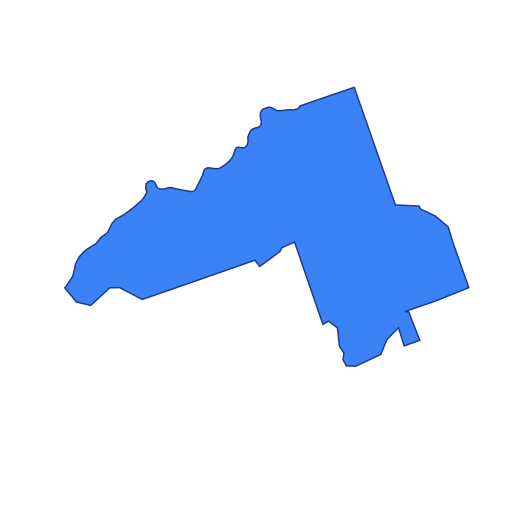 Nez Perce, Idaho, United States of America, rotated 71°
{"feature_id": "52423323B94471153891164", "entity_name": "Nez Perce", "entity_type": "district", "adm_level": 2, "iso_a3": "USA", "parent_name": "United States of America", "parent_adm1": "Idaho", "projection": "natural_earth1", "projection_center": [-116.873, 46.243], "detail": "fine", "context": "isolated", "style": "filled", "palette": "blue", "viewbox_px": 512, "rotation_deg": 71, "n_neighbors": 0, "source": "geoboundaries", "source_scale": "gbopen_adm2", "svg_char_len": 1844}
<svg xmlns="http://www.w3.org/2000/svg" viewBox="0 0 512 512"><g transform="rotate(71 256 256)"><path d="M128.5,108.2L128.4,142.8L128.4,143.8L128.4,147.2L128.4,165.4L128.4,165.7L129.7,167.1L130.4,169.2L130.0,173.3L129.7,174.4L129.0,175.2L127.6,180.6L127.5,182.1L125.6,188.3L124.6,189.7L123.7,190.3L121.5,192.4L120.1,194.2L119.4,195.4L119.4,201.1L119.5,201.7L120.2,203.4L122.1,205.1L123.7,206.0L126.2,206.6L130.4,207.2L131.9,207.7L133.1,208.5L134.6,209.9L134.8,210.5L135.0,213.3L134.7,214.6L134.9,217.7L135.2,219.0L135.8,220.3L137.5,222.1L140.9,225.0L144.9,226.1L147.8,227.9L149.0,229.3L149.8,231.3L149.7,232.7L147.4,237.4L147.2,238.3L147.3,239.3L148.7,241.1L153.1,244.5L154.5,245.8L155.4,246.8L156.8,248.9L157.7,250.7L159.9,256.2L161.2,261.8L160.9,264.2L159.6,267.3L157.0,272.4L156.8,273.4L157.1,275.4L158.2,277.3L162.3,280.3L166.5,284.5L173.4,291.5L174.2,293.0L174.5,294.5L173.9,296.5L168.9,305.6L163.9,313.7L163.2,314.9L162.9,317.2L162.8,321.0L161.2,325.4L159.5,327.0L153.9,327.7L152.8,328.2L152.0,328.7L150.9,330.1L150.6,330.8L150.6,331.8L150.8,334.0L152.0,336.4L155.5,338.0L158.1,338.5L159.2,338.3L160.4,338.7L163.8,342.4L166.1,345.8L170.4,356.4L173.8,367.0L175.5,376.1L176.0,377.7L176.5,378.3L178.3,381.5L185.5,388.7L187.9,396.5L192.2,403.2L194.6,413.7L195.8,417.1L198.4,421.9L199.4,423.5L204.7,429.3L210.0,432.3L214.2,435.0L216.2,436.6L223.3,446.1L223.9,447.2L241.1,440.7L248.9,428.4L238.5,404.7L241.5,395.2L260.0,377.8L260.0,344.5L259.6,258.4L267.1,255.9L259.5,231.8L256.6,228.9L255.3,215.0L342.4,215.0L341.3,208.5L350.5,202.4L368.7,206.5L376.5,204.5L382.4,207.5L389.4,206.3L392.6,197.5L389.7,170.1L377.7,159.5L370.1,144.6L389.2,145.2L389.0,128.6L358.5,129.8L357.0,133.4L357.0,100.9L355.2,65.1L306.3,65.4L291.1,64.8L276.5,73.5L265.2,85.1L261.9,85.5L253.1,107.6L128.5,108.2Z" fill="#3b82f6" stroke="#1e3a8a" stroke-width="1.5"/></g></svg>